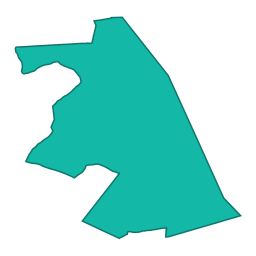 the district of Edam-Volendam, Noord-Holland, Netherlands
{"feature_id": "6326949B91205406123023", "entity_name": "Edam-Volendam", "entity_type": "district", "adm_level": 2, "iso_a3": "NLD", "parent_name": "Netherlands", "parent_adm1": "Noord-Holland", "projection": "equal_earth", "projection_center": [4.993, 52.549], "detail": "fine", "context": "isolated", "style": "filled", "palette": "teal", "viewbox_px": 256, "rotation_deg": 0, "n_neighbors": 0, "source": "geoboundaries", "source_scale": "gbopen_adm2", "svg_char_len": 5140}
<svg xmlns="http://www.w3.org/2000/svg" viewBox="0 0 256 256"><path d="M168.2,75.5L122.2,17.3L111.0,17.6L110.9,17.7L110.9,18.1L110.8,18.3L110.7,18.3L109.9,18.5L109.4,18.6L109.1,18.6L108.1,18.6L107.7,18.6L107.2,18.8L106.3,19.1L105.6,19.2L105.2,19.2L104.8,19.3L104.2,19.4L103.5,19.5L102.3,19.6L102.0,19.9L101.6,19.9L101.4,19.9L99.4,20.3L99.2,20.2L97.3,20.4L96.4,20.5L95.1,20.8L94.1,20.9L96.0,25.4L96.0,25.6L95.7,26.4L95.6,27.3L95.4,28.0L95.3,28.8L95.2,29.3L94.7,31.0L94.1,33.7L93.6,35.7L93.5,35.9L93.4,35.9L93.4,36.0L93.4,36.3L93.5,36.3L92.8,39.4L92.2,41.7L91.8,43.3L89.4,43.3L88.4,43.3L88.4,43.2L88.2,43.1L87.7,43.0L87.4,43.2L87.4,43.3L85.2,43.4L84.4,43.4L84.2,43.4L82.6,43.4L81.7,43.4L79.8,43.5L78.3,43.6L77.6,43.6L75.2,43.8L71.8,44.0L70.7,44.0L68.9,44.2L67.1,44.3L66.2,44.3L65.1,44.4L63.9,44.4L63.4,44.4L62.4,44.5L61.4,44.6L60.0,44.7L58.7,44.7L58.4,44.7L58.3,44.8L58.0,44.8L56.7,44.8L55.2,44.9L54.8,44.9L54.3,45.0L54.0,45.0L53.6,45.0L53.4,45.0L52.6,45.1L51.8,45.1L50.9,45.2L49.5,45.2L48.1,45.3L47.5,45.4L46.8,45.4L45.9,45.4L44.8,45.5L44.4,45.5L43.3,45.6L43.0,45.6L42.7,45.7L41.7,45.7L41.0,45.8L40.6,45.8L39.5,45.9L39.1,45.9L38.6,45.9L37.2,45.9L35.2,46.1L34.2,46.1L33.3,46.2L32.6,46.2L31.9,46.3L31.5,46.3L31.0,46.3L29.8,46.4L29.2,46.4L28.6,46.4L28.3,46.5L27.2,46.6L25.6,46.7L25.4,46.7L25.1,46.7L23.0,46.8L22.6,46.8L21.7,46.8L19.8,47.0L17.1,47.1L16.0,47.2L15.5,47.9L15.4,48.1L15.4,48.9L15.8,51.4L15.9,51.9L16.0,52.1L16.1,52.3L17.0,53.3L17.3,53.7L17.5,54.1L17.7,54.5L18.4,56.9L18.7,57.6L18.7,57.8L18.9,58.0L19.4,58.7L20.5,60.2L21.3,61.4L21.6,61.8L21.8,62.1L22.0,63.0L22.0,63.4L22.3,65.0L22.4,66.4L22.2,68.3L21.9,69.3L21.8,70.1L21.6,71.4L21.6,71.7L21.7,71.8L21.8,71.9L22.3,72.7L22.5,72.9L22.8,73.3L23.1,73.5L23.4,73.7L23.7,73.8L24.0,73.8L25.1,73.6L27.4,73.2L27.9,73.1L28.6,72.9L28.9,72.8L29.8,72.3L30.1,72.2L33.8,71.1L34.1,71.0L34.7,70.6L35.6,70.0L36.0,69.5L36.2,69.3L36.3,69.1L36.4,68.9L36.5,68.8L36.7,68.7L39.1,67.3L39.6,67.1L41.9,65.9L42.4,65.7L42.9,65.5L44.4,65.0L47.0,64.5L48.2,64.4L48.6,64.3L49.8,64.0L51.3,63.5L52.6,62.7L52.9,62.6L54.1,62.2L57.2,61.6L57.4,61.6L57.8,61.6L58.1,61.8L58.3,61.9L58.7,62.3L59.5,63.1L60.4,63.9L60.7,64.3L61.0,64.4L62.2,65.0L63.1,65.5L64.0,65.9L64.8,66.2L66.6,66.9L69.1,67.8L71.8,68.8L73.5,69.5L73.9,69.8L74.6,70.6L75.3,71.4L76.2,72.4L77.1,73.4L77.9,74.5L78.6,75.4L79.5,76.6L79.9,77.2L80.2,77.7L80.3,78.0L80.4,78.7L80.5,79.1L80.7,80.1L80.7,80.3L80.9,80.7L81.2,82.0L80.6,82.7L80.2,83.1L80.0,83.4L79.6,84.1L78.7,84.9L77.8,85.6L77.0,86.1L76.5,86.5L76.1,86.9L75.5,87.6L75.0,88.1L73.9,89.1L73.6,89.3L72.7,90.3L72.3,90.7L71.0,92.0L70.4,92.4L69.6,93.1L68.8,93.7L68.2,94.1L66.7,95.2L66.2,95.5L65.1,95.9L64.6,96.1L63.1,97.2L62.8,97.3L62.4,97.7L61.2,98.9L60.8,99.2L60.1,99.7L59.5,100.1L58.1,100.7L57.8,100.9L57.4,101.2L56.8,102.0L56.4,102.5L56.1,103.0L54.3,104.7L53.1,105.8L52.7,106.2L52.7,106.3L53.0,108.1L53.9,115.5L54.2,118.2L54.3,119.3L54.3,119.5L54.1,119.9L53.7,120.9L51.4,126.4L51.2,126.9L51.1,127.2L51.1,127.3L51.9,128.7L52.2,129.4L52.7,130.7L52.7,131.0L52.6,131.4L52.1,132.5L51.5,133.5L51.4,133.6L48.6,136.8L48.2,137.1L47.6,137.5L45.9,138.6L45.6,138.8L43.7,140.0L43.1,140.5L40.8,142.5L40.6,142.6L38.7,143.6L38.4,143.7L38.2,143.9L37.5,144.7L35.6,146.9L35.4,147.1L34.2,147.9L33.6,148.4L33.1,148.8L32.9,148.9L32.7,149.1L32.3,149.7L30.5,152.6L29.6,153.8L29.1,154.7L28.3,156.2L27.8,157.2L27.2,158.4L26.6,159.8L25.9,161.4L25.9,161.6L30.5,162.9L32.1,163.2L33.4,163.4L35.2,163.5L36.0,163.6L36.7,163.7L37.2,163.9L40.2,164.7L40.6,164.9L41.3,165.3L42.0,165.8L43.3,166.4L43.9,166.6L45.4,167.1L49.1,168.4L53.7,169.7L56.0,170.4L60.1,171.7L61.9,172.4L65.7,173.9L65.8,173.9L68.5,175.1L71.4,176.3L74.4,177.9L77.2,175.6L78.3,174.8L78.6,174.6L79.2,174.2L79.7,173.9L79.8,173.9L79.7,173.9L80.2,173.6L81.0,173.1L81.9,172.4L82.6,171.7L82.8,171.6L83.1,171.3L83.6,170.4L84.3,169.6L84.5,169.3L84.8,169.0L84.9,168.9L85.0,168.6L85.6,166.9L85.8,166.2L86.2,165.7L86.5,165.5L86.8,165.3L87.3,165.2L87.8,165.1L93.0,164.7L95.9,164.2L97.4,164.1L97.8,164.1L98.2,164.1L98.4,164.2L98.9,164.3L99.8,164.6L102.9,165.9L103.9,166.2L104.4,166.5L106.0,167.3L107.9,168.3L110.1,169.7L111.1,170.3L111.8,170.8L112.2,171.0L112.8,171.2L115.8,172.1L119.1,173.2L118.4,174.1L118.5,174.2L118.8,174.3L82.3,221.1L97.2,228.0L97.4,228.1L99.6,229.2L118.4,237.9L119.2,238.2L119.0,238.7L120.2,237.7L121.0,237.4L122.0,236.9L124.4,235.7L124.7,235.5L125.6,234.9L126.5,234.4L127.2,234.4L127.3,234.0L127.7,232.0L129.0,231.6L131.8,231.8L132.0,232.1L132.5,232.2L133.6,232.3L134.3,232.3L134.5,232.4L135.7,232.3L137.2,232.3L138.2,232.2L140.1,231.8L143.6,230.8L143.8,230.8L144.4,231.0L144.9,230.9L146.3,230.6L147.8,230.4L149.3,230.4L150.1,230.4L152.9,229.8L155.5,229.5L157.3,229.2L158.6,228.8L159.7,228.7L162.4,228.2L164.3,228.0L165.7,228.1L166.1,228.0L166.3,227.7L166.5,227.9L166.6,228.7L166.2,228.7L166.2,228.9L166.3,229.0L166.3,229.4L166.3,229.9L166.2,230.1L166.3,230.3L166.2,230.5L166.2,230.8L166.0,231.6L166.1,232.6L166.0,232.8L166.1,233.3L165.9,233.5L165.9,234.0L165.9,234.4L165.9,234.5L165.9,235.6L165.8,236.0L165.8,236.3L165.8,236.7L165.8,236.9L165.8,237.0L169.1,236.6L240.6,215.7L223.7,198.1L195.3,135.2L168.2,75.5Z" fill="#14b8a6" stroke="#0f766e" stroke-width="1.5"/></svg>